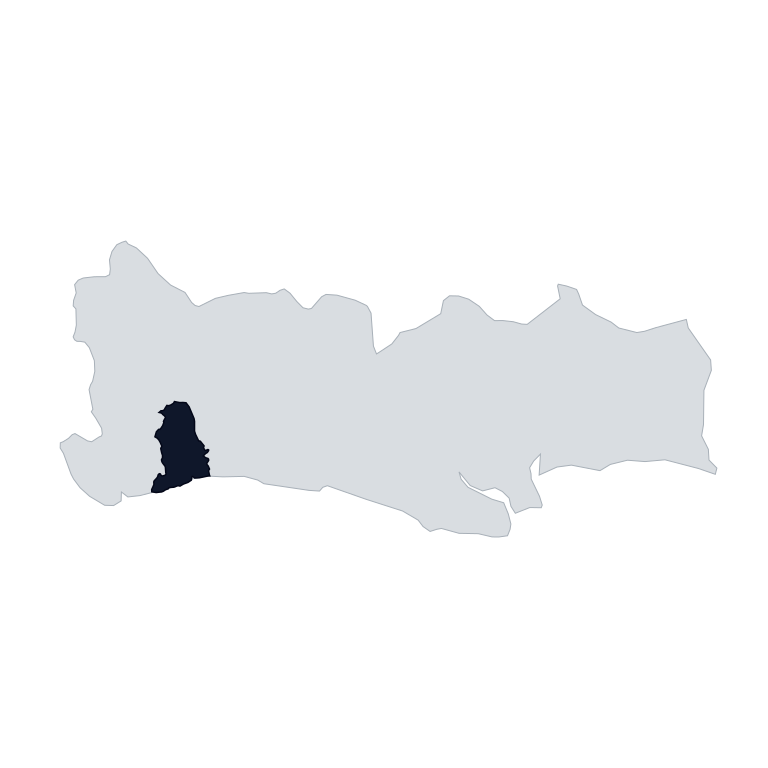 Porto on a map of Portugal (Mercator projection), rotated 266°
{"feature_id": "PRT-754", "entity_name": "Porto", "entity_type": "District", "adm_level": 1, "iso_a3": "PRT", "parent_name": "Portugal", "parent_adm1": "", "projection": "mercator", "projection_center": [-8.398, 41.24], "detail": "fine", "context": "in_parent", "style": "filled", "palette": "ink", "viewbox_px": 768, "rotation_deg": 266, "n_neighbors": 0, "source": "natural_earth", "source_scale": "10m", "svg_char_len": 4067}
<svg xmlns="http://www.w3.org/2000/svg" viewBox="0 0 768 768"><g transform="rotate(266 384 384)"><path d="M292.5,82.5L301.7,73.6L310.9,67.7L316.0,65.5L337.2,59.4L342.7,56.5L347.9,57.0L348.8,59.9L351.8,65.5L355.2,69.4L356.1,72.3L347.9,84.3L346.8,88.4L351.1,96.2L351.8,98.5L353.9,99.5L359.6,99.2L369.8,94.2L376.7,90.1L379.1,91.8L399.0,89.4L403.8,91.3L407.0,93.5L416.8,96.4L427.5,96.7L440.8,92.6L446.6,88.5L447.7,84.0L448.0,80.6L449.7,78.4L452.7,77.2L457.4,79.4L464.2,81.2L480.4,81.9L483.6,79.4L489.1,80.2L496.3,83.3L504.7,82.3L508.9,86.2L510.7,91.3L511.2,102.5L510.5,113.7L512.2,117.9L517.8,119.0L527.0,118.8L535.2,121.9L541.6,127.2L543.7,132.6L544.6,136.4L541.5,138.5L537.0,146.5L525.9,156.9L509.9,166.3L497.6,178.0L489.2,191.9L478.7,197.8L475.5,201.0L474.2,204.8L481.2,221.8L483.3,234.9L485.0,250.9L483.9,255.4L483.3,273.0L481.7,278.2L482.1,282.3L484.7,286.8L485.8,291.1L481.1,296.6L472.2,302.9L465.7,308.5L464.0,313.7L464.4,316.9L475.4,327.9L477.4,332.4L475.9,343.3L469.6,361.1L463.6,371.9L462.5,372.9L455.6,376.0L422.5,376.1L414.5,378.6L415.6,380.7L423.4,394.6L431.5,401.9L434.2,403.6L437.1,419.8L450.2,445.5L463.0,449.1L467.4,455.5L466.6,464.5L462.7,474.4L454.8,484.5L445.6,491.6L439.5,498.7L439.0,506.9L437.1,517.3L434.2,525.5L433.5,531.0L456.7,565.7L469.7,564.0L471.4,564.8L469.0,573.0L464.9,582.7L460.1,584.5L448.9,587.5L438.5,599.9L429.9,614.9L423.5,622.1L417.7,639.8L418.4,647.5L421.3,659.3L427.3,690.1L418.7,691.4L385.2,711.5L374.8,711.5L355.4,702.7L321.3,699.9L310.1,697.2L296.2,703.0L285.5,702.9L276.9,710.2L270.8,708.2L277.8,691.7L288.8,659.0L288.4,639.0L291.0,621.5L288.0,604.2L282.5,593.4L290.0,565.3L289.1,550.8L282.3,532.4L303.2,535.2L296.7,527.9L290.3,523.4L284.2,524.4L278.9,524.2L261.1,531.3L252.2,533.4L249.6,532.2L250.6,520.8L245.9,506.0L253.1,502.1L261.4,500.9L268.5,494.6L272.8,487.5L270.5,474.9L276.7,462.9L291.1,452.7L283.6,454.3L275.1,460.6L261.6,483.5L257.2,495.1L245.8,498.9L235.5,500.8L230.2,499.6L224.0,496.6L223.4,488.1L223.9,481.2L228.1,467.6L229.8,448.5L235.9,431.2L235.4,426.6L233.7,419.7L239.1,413.0L245.8,408.6L256.0,393.7L270.2,358.2L286.5,320.4L285.2,315.7L281.7,312.2L283.1,301.9L292.9,257.2L297.0,251.3L301.6,238.1L302.6,216.8L304.4,202.1L304.0,194.7L302.6,185.8L296.3,168.8L289.7,132.7L289.2,120.6L294.6,114.5L285.7,113.6L281.6,105.8L282.5,96.9L292.5,82.5Z" fill="#d9dde1" stroke="#a8b0b8" stroke-width="1"/><path d="M304.5,203.8L304.5,202.0L303.3,193.2L303.4,188.6L305.1,186.8L305.1,186.0L301.5,185.1L299.5,181.6L298.2,177.0L296.4,173.4L296.9,171.6L296.7,170.2L296.1,168.7L295.7,167.1L295.7,163.1L295.2,161.8L294.5,161.5L294.1,160.1L293.8,158.8L292.4,156.4L291.8,154.5L291.8,152.9L291.6,149.1L292.7,144.8L295.0,144.9L297.3,146.2L299.9,147.5L302.3,147.5L303.3,147.9L304.1,148.7L304.7,149.4L306.4,151.1L307.8,152.0L308.9,152.2L309.9,153.1L310.2,153.9L309.9,154.6L309.4,154.9L308.4,155.2L307.7,156.2L307.8,157.2L308.2,159.0L308.8,159.9L309.5,160.3L309.8,160.3L310.8,160.1L316.3,160.1L317.1,159.8L317.9,159.6L318.6,158.9L319.4,158.4L321.2,157.3L322.9,156.8L324.1,156.8L324.9,157.3L325.6,157.8L328.0,158.1L331.0,157.4L335.1,156.8L335.9,157.1L337.2,158.0L337.8,158.0L340.1,157.1L340.9,156.9L343.9,155.5L345.8,154.0L347.3,151.8L352.2,153.6L354.2,155.7L354.6,156.4L354.4,157.6L357.9,160.3L361.0,161.7L362.1,161.4L364.2,162.6L365.3,163.5L366.4,163.5L367.1,163.1L367.8,162.5L368.3,162.0L368.7,161.5L369.4,160.9L369.9,160.6L370.4,160.1L370.7,159.5L370.9,158.9L371.3,157.6L372.9,159.7L372.8,160.8L373.0,162.0L373.7,163.1L375.1,163.9L377.8,165.9L377.4,167.6L377.8,169.5L379.4,172.6L380.7,173.5L381.1,173.7L379.7,179.0L379.6,182.1L379.1,185.2L374.8,188.0L362.8,192.1L360.0,192.4L350.2,191.7L346.9,192.5L340.3,195.1L339.9,196.5L339.6,196.9L334.8,200.2L332.9,199.5L330.3,200.8L330.2,201.5L330.3,202.3L330.8,203.0L330.9,203.8L330.6,204.4L329.8,204.4L328.0,203.0L327.3,201.6L326.8,200.8L324.8,198.7L323.1,200.7L322.7,201.4L322.0,203.2L321.3,203.7L320.2,203.8L318.9,203.0L318.0,202.2L317.2,201.7L316.0,201.8L314.5,202.9L311.3,204.0L309.7,202.9L305.4,203.5L304.5,203.8L304.5,203.8Z" fill="#0f172a" stroke="#020617" stroke-width="1.5"/></g></svg>